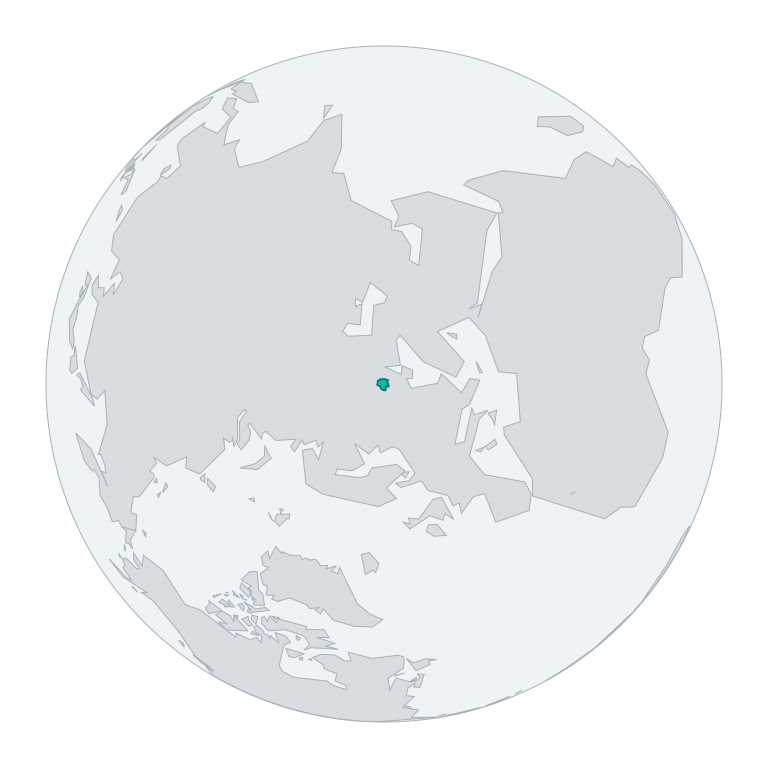 the Earth from above Kharkiv, rotated 225°
{"feature_id": "UKR-328", "entity_name": "Kharkiv", "entity_type": "Region", "adm_level": 1, "iso_a3": "UKR", "parent_name": "Ukraine", "parent_adm1": "", "projection": "orthographic", "projection_center": [36.315, 49.479], "detail": "fine", "context": "on_globe", "style": "filled", "palette": "teal", "viewbox_px": 768, "rotation_deg": 225, "n_neighbors": 0, "source": "natural_earth", "source_scale": "10m", "svg_char_len": 13512}
<svg xmlns="http://www.w3.org/2000/svg" viewBox="0 0 768 768"><g transform="rotate(225 384 384)"><circle cx="384" cy="384" r="338" fill="#eef3f6" stroke="#a8b0b8"/><path d="M291.9,58.9L298.9,57.1L310.7,58.4L301.2,60.0L305.1,60.8L317.2,59.2L324.3,58.0L354.2,63.8L393.8,67.4L408.2,65.1L403.6,68.9L432.1,63.1L454.8,66.0L428.0,65.0L424.3,66.9L439.1,69.6L438.6,72.3L445.4,75.4L443.4,78.5L427.9,78.5L426.3,80.8L436.9,82.7L441.6,87.6L426.3,84.3L432.9,92.8L408.1,95.9L368.8,87.4L353.7,94.4L309.8,100.2L312.5,103.4L297.6,108.6L295.2,114.5L287.7,114.5L292.3,119.3L299.5,118.1L304.0,120.0L303.2,123.6L293.6,124.0L292.5,122.3L289.3,124.4L284.8,123.2L286.6,125.8L275.0,126.4L285.3,131.2L275.0,136.3L267.6,135.3L270.1,128.3L259.1,110.9L252.5,109.0L240.5,112.6L214.4,133.6L206.3,134.9L194.1,141.7L197.7,143.9L208.6,139.4L212.3,145.8L225.2,140.3L228.5,142.4L241.1,140.2L237.2,148.4L226.8,157.8L216.2,160.3L211.3,164.7L219.8,169.2L198.6,181.2L182.0,202.5L176.8,205.1L169.2,197.1L173.1,179.1L163.4,171.3L167.7,184.6L154.4,192.2L151.4,197.2L151.0,202.0L155.2,202.6L150.3,207.2L144.1,195.1L148.5,190.6L150.4,194.3L152.2,186.2L148.0,179.3L141.6,184.3L142.0,170.6L137.4,174.3L134.9,173.7L142.2,168.6L129.2,177.9L128.6,167.8L110.8,186.1L130.5,163.0L138.8,153.2L147.4,143.4L144.4,146.0L159.7,131.3L161.1,130.0L180.5,114.2L201.1,99.9L222.6,87.1L245.0,76.0L268.1,66.6L291.9,58.9ZM59.9,288.2L55.4,307.2L55.0,307.8L48.5,345.7L47.3,378.5L46.9,394.0L46.5,396.5L47.4,407.6L47.5,411.6L56.1,455.8L64.9,485.8L67.6,499.1L66.1,498.5L58.8,475.9L53.2,452.8L49.1,429.4L46.8,405.7L46.1,382.0L47.1,358.2L49.7,334.6L54.0,311.2L59.9,288.2ZM111.1,184.7L106.9,190.8L87.1,223.5L93.8,210.9L93.3,211.8L99.3,202.1L108.9,187.8L110.6,185.3L111.1,184.7ZM108.2,191.8L111.3,187.1L108.9,191.0L108.2,191.8ZM327.5,57.3L317.5,59.0L306.8,59.8L315.1,57.9L327.5,57.3ZM347.9,57.7L343.0,58.8L339.1,56.8L343.1,56.7L347.9,57.7ZM418.6,63.3L410.6,62.5L418.6,62.4L418.6,63.3ZM446.7,75.3L449.2,74.8L451.7,76.7L446.7,75.3ZM242.3,136.0L241.7,138.1L239.7,137.4L242.3,136.0ZM248.3,133.3L246.5,131.0L249.1,129.4L250.2,130.8L248.3,133.3ZM450.9,83.4L454.2,86.9L448.2,83.3L450.9,83.4ZM250.0,136.5L253.9,126.9L258.5,124.2L266.5,127.6L250.0,136.5ZM454.3,88.9L462.5,98.0L468.6,97.5L455.8,104.8L453.2,94.2L444.8,89.6L451.8,90.8L454.3,88.9ZM302.2,116.3L294.4,117.6L301.6,113.3L302.2,116.3ZM305.7,113.2L321.5,98.6L332.6,98.9L325.1,103.4L340.0,101.7L337.7,108.9L329.0,111.5L322.2,109.8L326.5,114.0L305.7,113.2ZM447.5,107.7L447.1,110.1L444.5,107.6L447.5,107.7ZM306.3,120.4L308.5,117.3L318.3,117.2L315.7,123.6L313.3,121.5L306.3,120.4ZM345.1,97.9L351.9,99.2L351.9,105.4L354.6,106.8L338.6,109.1L345.1,97.9ZM310.7,123.3L314.1,126.9L308.8,130.3L304.8,123.6L310.7,123.3ZM321.9,114.6L326.4,114.9L323.1,116.8L321.9,114.6ZM291.9,145.1L294.3,140.9L299.6,140.4L291.9,145.1ZM315.7,128.0L317.5,126.9L319.9,126.3L320.9,129.4L315.7,128.0ZM339.7,113.5L338.3,115.9L346.3,112.8L346.6,117.6L335.8,118.4L340.6,120.1L340.7,121.7L331.9,120.7L339.7,113.5ZM329.1,131.0L315.6,134.3L310.0,142.0L305.1,142.6L315.1,130.0L329.1,131.0ZM331.5,124.9L328.9,128.7L324.2,127.2L323.0,123.8L331.5,124.9ZM350.6,120.8L352.9,113.1L355.2,113.3L350.6,120.8ZM328.4,133.4L331.7,132.6L328.6,134.2L328.4,133.4ZM344.9,124.9L345.4,122.1L347.9,122.3L344.9,124.9ZM337.8,133.5L333.5,134.5L332.5,132.1L337.8,133.5ZM341.8,129.8L345.2,130.8L334.8,130.6L341.6,128.5L341.8,129.8ZM347.2,125.5L348.9,124.7L346.6,126.7L347.2,125.5ZM343.9,142.6L331.0,143.0L329.0,137.4L341.8,137.7L343.9,142.6ZM134.6,528.4L119.8,474.4L129.3,464.5L132.6,444.7L199.6,410.0L212.1,421.9L262.9,433.1L268.9,438.0L261.0,453.8L297.6,485.2L311.6,473.6L346.6,490.0L371.1,491.1L383.3,459.0L343.1,456.6L338.0,439.7L371.7,427.6L407.1,429.9L406.3,423.5L385.5,408.9L395.2,396.9L378.5,402.9L384.1,409.7L373.7,414.0L368.0,408.1L371.7,403.8L361.5,400.2L346.6,422.5L350.7,431.8L323.0,432.6L327.1,448.6L319.0,454.4L309.0,429.7L311.2,421.5L291.2,391.6L286.3,400.1L304.9,429.2L298.4,425.9L292.0,438.9L291.7,426.4L272.7,393.5L248.8,391.0L215.4,414.2L202.0,410.4L192.1,397.0L207.2,365.3L235.4,377.6L241.1,367.5L237.9,347.3L246.7,353.1L248.9,346.6L259.8,350.4L277.6,339.8L289.1,342.0L298.5,323.1L305.7,321.9L298.0,333.2L298.9,342.8L327.7,348.6L333.9,345.3L337.7,332.8L345.2,336.5L345.1,323.7L362.8,321.1L341.2,313.9L345.1,300.1L357.1,291.0L354.5,285.4L335.0,300.4L330.7,307.7L333.2,315.9L318.2,336.0L307.8,337.4L308.9,312.2L294.2,311.8L301.4,293.3L349.7,262.6L368.6,258.2L394.7,279.4L389.0,287.8L376.7,284.2L385.8,300.1L386.1,292.8L392.3,296.1L397.6,284.7L402.2,286.6L399.3,272.7L405.6,273.8L407.3,282.6L420.5,267.6L434.1,267.1L434.9,262.9L431.8,258.6L451.2,261.4L450.9,258.2L444.4,256.0L439.6,248.4L438.6,236.4L445.4,238.0L446.6,242.5L459.4,255.0L461.8,267.5L464.4,267.0L464.0,256.6L448.4,241.3L445.9,233.7L454.2,239.7L451.0,236.9L451.9,233.7L459.1,232.2L450.3,225.2L450.8,190.0L464.8,184.4L472.1,193.1L479.6,172.6L494.8,169.3L488.8,167.1L488.3,156.7L483.5,157.5L480.6,155.7L477.2,131.1L481.7,127.2L473.4,115.5L470.3,114.5L466.6,116.7L455.8,104.8L468.6,97.5L475.0,99.9L478.7,94.4L492.7,101.0L505.9,104.5L519.1,116.1L528.4,118.4L528.8,116.0L541.8,118.0L567.2,131.4L545.0,130.8L506.5,116.0L522.1,122.5L518.1,124.4L523.4,129.0L534.4,133.8L536.0,132.2L551.2,159.6L576.8,182.0L576.2,170.6L583.8,169.5L612.4,188.6L643.7,239.4L654.2,241.2L660.2,247.6L662.9,259.4L654.2,250.2L649.8,254.2L644.5,247.6L645.9,264.5L638.4,255.9L643.1,273.9L650.0,276.8L651.6,264.6L658.9,284.6L670.7,285.5L680.8,298.4L690.4,341.8L687.1,367.9L688.8,373.6L682.9,375.7L682.0,394.2L698.4,406.0L700.3,413.6L695.6,442.8L694.3,437.8L678.9,443.5L680.9,464.2L692.8,464.2L697.0,475.6L690.1,481.6L685.2,472.1L679.7,473.6L677.6,456.9L666.3,439.8L659.0,454.6L656.2,444.6L639.6,434.6L627.2,455.1L609.8,501.5L613.0,527.7L604.5,544.9L580.5,520.2L570.4,496.8L561.3,504.4L536.9,490.5L493.5,504.6L487.7,498.4L479.5,504.3L462.4,500.5L453.7,489.5L443.2,492.2L466.4,520.8L477.7,517.6L487.8,502.5L492.1,513.2L508.6,518.6L488.9,551.0L425.1,584.7L419.7,565.1L375.2,507.3L377.0,500.2L376.9,499.4L376.4,497.9L371.5,509.5L364.1,497.0L387.0,539.9L390.5,557.3L424.2,585.9L420.9,589.3L432.0,594.2L468.4,581.2L468.4,587.6L450.8,619.0L401.0,657.6L408.1,676.7L405.4,691.2L375.5,699.9L379.4,708.1L364.1,710.2L364.0,713.8L352.5,716.1L332.7,716.1L297.9,709.5L294.7,707.1L275.7,697.3L248.9,670.6L256.6,661.6L253.0,650.4L227.9,616.0L233.3,601.7L226.9,592.1L213.4,588.6L206.1,576.6L198.0,572.7L148.7,550.7L134.6,528.4ZM174.7,437.2L172.4,443.0L174.7,437.2ZM443.7,448.5L465.4,446.3L457.0,426.5L464.7,424.2L459.0,418.5L456.3,425.1L442.6,409.1L452.5,401.2L450.5,392.1L443.1,392.5L427.3,409.7L446.7,432.3L441.2,441.8L443.7,448.5ZM55.2,307.9L54.0,313.5L54.8,309.2L55.2,307.9ZM72.3,257.7L69.9,265.0L71.4,259.3L72.3,257.7ZM84.5,228.6L74.1,252.4L77.2,243.1L84.1,228.4L80.7,235.9L84.5,228.6ZM104.9,195.0L102.4,198.9L101.6,199.7L104.9,195.0ZM106.5,194.8L107.1,193.7L109.3,190.7L106.5,194.8ZM154.8,192.9L155.1,194.0L153.6,199.3L152.1,197.6L154.8,192.9ZM160.2,219.2L152.1,226.2L156.8,219.8L153.1,218.5L158.6,203.9L174.4,205.8L166.3,207.3L160.2,219.2ZM170.2,185.8L165.0,194.3L170.1,185.0L170.2,185.8ZM250.1,309.7L252.9,315.9L247.5,322.2L233.0,321.1L240.7,311.8L250.1,309.7ZM258.3,323.4L263.3,299.7L272.6,300.0L266.5,303.7L272.1,306.3L263.9,313.1L267.7,337.2L263.2,344.5L238.9,337.5L249.3,335.5L245.9,329.3L258.3,323.4ZM260.1,244.7L262.4,236.0L279.4,247.5L275.2,254.4L260.5,253.3L256.7,244.7L260.1,244.7ZM263.4,145.1L263.2,142.2L265.9,141.9L268.3,144.1L263.4,145.1ZM292.6,143.2L267.1,157.8L265.6,155.1L252.6,167.8L243.5,165.7L252.2,157.4L235.4,165.8L239.7,157.5L228.8,164.1L249.2,145.9L252.4,139.3L252.3,147.3L260.6,149.2L265.1,148.1L280.3,140.3L291.2,127.8L301.1,128.3L305.3,132.0L304.2,135.0L298.1,133.6L301.0,138.8L291.3,139.1L292.6,143.2ZM348.1,183.8L341.4,179.4L345.7,192.7L336.0,191.9L337.1,193.6L329.3,196.7L321.8,203.4L317.7,201.9L316.6,205.3L311.4,207.6L308.5,211.8L300.0,210.7L295.7,215.9L294.2,212.5L289.0,221.8L289.1,214.5L282.4,217.3L285.9,222.9L247.7,209.9L231.7,211.2L218.3,216.6L220.2,204.1L234.0,191.4L253.0,181.1L268.2,182.1L266.3,176.6L273.0,175.6L271.7,180.4L277.7,172.6L282.9,173.1L299.8,165.9L305.3,155.1L311.6,152.5L312.1,157.0L318.1,151.3L323.2,158.3L327.8,156.8L337.5,162.5L335.6,172.7L341.0,170.2L348.5,174.9L348.1,183.8ZM346.4,144.4L346.4,156.0L341.1,161.6L326.5,149.5L321.5,149.9L312.0,143.1L319.9,135.4L321.9,138.0L325.7,138.8L321.7,140.8L327.7,139.8L330.7,143.5L336.1,143.8L334.6,147.4L346.4,144.4ZM277.0,433.4L281.8,435.5L289.8,436.8L285.9,445.2L277.0,433.4ZM263.6,411.2L268.2,411.4L266.5,423.3L261.5,421.3L263.6,411.2ZM272.1,401.7L268.6,410.5L267.5,404.6L272.1,401.7ZM302.5,332.9L307.5,332.6L307.5,335.8L304.1,339.6L302.5,332.9ZM358.6,225.6L355.7,221.6L357.5,220.2L357.5,209.5L364.7,209.6L367.5,216.1L358.6,225.6ZM375.7,464.6L367.8,470.6L364.4,467.4L367.8,465.9L375.7,464.6ZM324.1,459.4L335.2,465.2L322.9,461.7L324.1,459.4ZM366.4,223.9L365.6,219.4L369.7,222.3L366.4,223.9ZM369.9,209.2L375.0,211.6L365.5,208.4L369.9,209.2ZM463.8,682.0L441.3,705.4L425.2,707.5L421.8,702.8L429.9,689.5L448.6,683.0L457.7,674.7L463.8,682.0ZM712.6,462.8L702.4,492.5L697.3,501.4L699.3,495.0L707.5,477.2L712.6,462.8ZM698.9,495.9L690.1,502.8L672.3,494.8L678.8,487.3L696.2,481.8L695.3,486.6L700.7,484.3L698.9,495.9ZM716.9,433.2L715.8,444.6L710.9,460.4L708.3,466.3L706.5,459.1L707.5,449.9L710.0,444.0L715.2,398.2L717.8,395.1L717.2,411.7L719.1,413.3L716.9,433.2ZM614.6,529.1L622.7,538.7L617.6,544.8L614.6,529.1ZM714.0,372.9L714.1,392.4L713.0,370.6L714.0,372.9ZM711.4,355.4L713.0,359.7L710.8,358.9L711.4,355.4ZM691.8,380.7L689.3,388.2L687.7,384.8L689.8,373.2L691.8,380.7ZM688.4,309.7L694.3,320.2L695.9,325.0L691.9,321.7L688.4,309.7ZM426.5,222.7L418.5,237.0L417.5,248.3L424.4,255.8L411.3,251.7L412.8,234.3L426.5,222.7ZM447.1,193.6L441.0,187.7L445.8,186.7L447.8,187.9L447.1,193.6ZM441.9,192.6L430.4,192.4L428.3,186.8L437.8,188.0L441.9,192.6ZM398.3,207.4L395.5,211.5L392.2,208.9L398.3,207.4ZM720.0,419.7L720.1,418.0L719.0,428.5L718.3,433.4L718.0,435.5L718.6,428.4L719.8,412.4L720.3,403.3L721.8,383.4L720.0,410.5L720.3,413.5L721.4,399.7L720.5,412.8L720.5,414.5L720.0,419.7ZM721.8,375.4L721.5,368.4L721.6,368.7L721.8,375.4ZM720.3,366.7L718.4,366.1L718.3,376.0L717.0,350.8L719.3,355.5L720.3,366.7ZM716.2,355.1L716.3,364.3L715.2,351.1L716.2,355.1ZM715.4,363.2L713.7,358.2L714.5,353.9L715.4,363.2ZM716.5,352.0L713.8,341.1L715.6,344.3L716.5,352.0ZM709.1,347.5L713.6,346.1L710.5,356.1L702.9,338.1L703.7,331.7L709.1,347.5ZM666.4,240.2L662.1,236.5L660.7,230.0L664.1,234.3L666.4,240.2ZM652.2,207.0L658.9,227.1L663.6,244.2L665.5,242.6L672.7,254.0L666.0,251.9L657.7,233.7L655.3,222.4L648.4,214.0L642.6,202.4L633.5,195.4L628.9,188.8L636.3,191.8L652.2,207.0ZM629.7,193.0L611.9,178.7L612.3,170.6L616.4,171.9L624.3,181.7L623.6,185.3L629.7,193.0ZM607.7,173.1L606.8,176.7L578.7,167.3L572.9,163.5L594.5,165.3L594.9,169.0L601.7,173.0L607.7,173.1ZM450.8,110.3L447.4,110.1L449.7,108.7L450.8,110.3ZM478.0,156.4L474.4,153.7L477.2,151.8L478.0,156.4ZM466.0,145.5L465.4,149.5L463.2,144.5L466.0,145.5ZM464.5,158.9L463.8,150.8L468.5,159.6L464.5,158.9Z" fill="#d9dde1" stroke="#a8b0b8" stroke-width="1"/><path d="M388.1,378.4L388.3,378.5L388.4,378.9L388.7,379.0L388.8,379.2L388.9,379.4L388.8,379.6L389.0,379.9L389.3,380.4L389.5,380.5L389.8,380.6L390.1,380.8L390.2,381.0L390.3,381.2L390.4,381.3L390.5,381.4L390.5,381.5L390.7,381.8L390.4,381.9L390.4,382.0L390.6,382.1L390.4,382.3L390.2,382.4L390.2,382.5L390.4,382.5L390.4,382.9L390.4,383.0L390.2,383.2L390.3,383.4L390.3,383.5L390.2,383.8L390.1,384.0L389.9,384.2L389.9,384.3L390.0,384.4L390.0,384.5L390.0,384.8L390.2,385.0L390.0,385.3L389.9,385.4L389.9,385.5L389.6,385.6L389.1,385.4L388.7,385.4L388.7,385.5L388.8,385.8L389.0,385.9L388.1,386.5L387.9,386.8L387.8,387.0L387.8,387.3L387.7,387.3L387.4,387.6L387.4,387.8L387.2,387.9L387.0,387.7L386.9,387.8L386.7,387.9L386.7,388.0L386.8,388.1L386.7,388.2L386.3,388.0L386.2,388.0L385.8,388.2L385.7,388.1L385.5,388.5L385.5,388.8L385.6,389.0L385.4,389.1L385.2,389.2L384.9,389.0L384.7,388.9L384.5,389.0L384.3,389.3L384.2,389.4L384.2,389.5L383.9,389.6L384.0,389.4L383.8,389.2L383.8,388.9L383.5,388.7L383.3,388.5L383.3,388.4L383.4,388.2L383.2,388.0L383.1,387.9L382.9,387.8L382.8,387.7L382.6,387.7L382.8,387.5L382.9,387.4L382.7,387.2L382.8,387.2L382.7,387.2L382.3,387.1L382.1,387.2L381.9,387.2L381.7,387.1L381.4,387.1L381.2,387.0L380.9,386.9L380.8,387.0L380.7,387.0L380.7,386.9L380.3,386.7L380.2,386.5L380.1,386.4L379.8,386.1L379.7,386.1L379.6,385.9L379.3,385.9L379.2,385.9L378.9,385.8L378.9,385.7L378.8,385.4L378.8,385.2L379.0,384.9L379.2,385.0L379.3,385.0L379.7,385.1L380.0,385.0L380.0,384.9L380.2,384.6L380.3,384.5L380.3,384.4L380.2,384.2L380.2,383.9L380.3,383.9L380.6,384.0L380.6,383.9L380.8,383.9L380.7,383.8L380.6,383.7L380.8,383.5L380.7,383.4L380.6,383.0L380.6,382.9L380.4,382.7L380.4,382.8L380.1,382.8L380.1,382.7L379.9,382.7L379.8,382.4L379.7,382.4L379.7,382.2L379.7,381.9L379.6,381.7L379.5,381.8L379.4,381.8L379.2,381.7L378.9,381.5L378.7,381.4L378.5,381.2L378.4,380.9L378.5,380.7L378.7,380.4L378.7,380.1L378.8,379.9L379.0,379.8L379.2,379.7L379.3,379.6L379.5,379.5L379.8,379.5L380.0,379.5L380.0,379.4L380.2,379.2L380.3,379.1L380.5,379.2L380.6,378.9L380.7,379.0L380.9,379.1L381.0,379.1L380.9,379.1L381.1,379.0L381.3,379.0L381.5,379.0L381.6,378.9L381.8,378.7L382.0,378.6L382.2,378.4L382.6,378.4L383.2,378.4L383.3,378.5L383.5,378.7L383.8,379.3L384.0,379.3L384.3,379.1L384.5,379.2L384.6,379.3L384.8,379.4L384.8,379.6L385.0,379.7L385.3,379.5L385.3,379.4L386.0,379.0L386.3,378.9L386.5,378.9L386.8,378.9L387.3,378.8L387.4,378.7L387.6,378.5L387.8,378.4L388.1,378.4Z" fill="#14b8a6" stroke="#0f766e" stroke-width="1.5"/></g></svg>